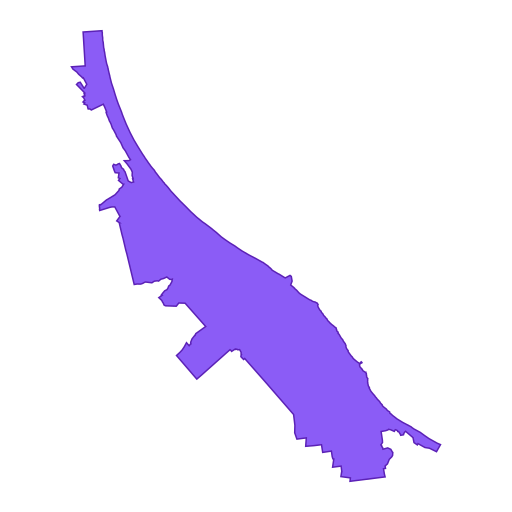 the district of Rojas pag., Rojas, Latvia
{"feature_id": "27541924B95337165312273", "entity_name": "Rojas pag.", "entity_type": "district", "adm_level": 2, "iso_a3": "LVA", "parent_name": "Latvia", "parent_adm1": "Rojas", "projection": "albers", "projection_center": [22.762, 57.524], "detail": "fine", "context": "isolated", "style": "filled", "palette": "violet", "viewbox_px": 512, "rotation_deg": 0, "n_neighbors": 0, "source": "geoboundaries", "source_scale": "gbopen_adm2", "svg_char_len": 5976}
<svg xmlns="http://www.w3.org/2000/svg" viewBox="0 0 512 512"><path d="M296.9,439.1L306.3,437.9L305.7,446.3L314.3,445.6L321.5,444.7L322.7,452.4L331.4,451.1L332.2,456.6L332.9,458.9L333.8,459.0L332.6,467.2L341.1,466.1L341.8,471.5L341.7,471.5L340.9,476.6L350.4,477.9L350.0,481.3L385.1,476.9L384.4,474.1L383.5,468.7L385.5,468.4L385.1,466.0L385.8,465.5L386.4,464.7L387.4,464.0L389.3,459.3L391.8,456.8L392.6,455.4L392.8,452.4L392.4,452.1L390.8,449.3L387.7,447.9L383.0,449.2L382.7,447.7L381.7,446.5L381.9,446.1L380.9,444.9L382.5,442.5L382.4,440.2L381.1,431.5L385.6,430.7L388.0,429.9L388.5,429.3L390.5,429.7L394.3,431.4L395.3,429.7L396.3,430.0L397.5,430.7L397.7,431.5L398.7,431.7L400.3,434.2L400.7,435.3L403.5,434.8L403.7,434.2L403.7,433.7L404.8,432.0L405.6,431.3L413.0,437.6L414.0,442.6L417.3,444.9L418.0,443.6L424.9,447.5L429.4,448.2L436.5,451.7L440.5,444.6L437.2,443.2L429.0,438.6L424.5,435.5L420.3,432.4L414.0,429.0L412.0,427.6L411.1,426.8L402.7,422.4L397.0,418.9L392.5,415.4L391.1,414.0L390.3,413.6L389.8,413.0L389.8,412.4L389.6,411.9L387.7,410.7L386.9,409.9L386.4,409.1L383.2,406.6L382.2,405.4L382.2,404.8L380.4,403.0L380.0,402.1L379.1,401.0L377.3,399.2L376.3,397.8L375.4,396.9L374.6,395.6L373.3,394.2L371.4,391.9L370.8,391.1L369.4,388.4L369.2,388.0L369.4,387.6L368.3,385.8L367.9,383.7L367.6,383.0L367.8,382.4L367.6,382.0L367.6,381.4L367.7,379.9L367.6,379.5L367.8,378.5L367.2,377.9L366.6,377.0L366.7,376.4L366.5,375.8L366.6,375.3L366.3,374.7L366.4,374.3L366.3,373.3L365.6,372.6L365.7,372.3L365.4,372.3L362.9,370.7L362.6,370.3L362.5,369.8L362.1,369.4L362.1,369.1L361.6,368.8L360.7,367.6L360.1,367.1L359.8,366.4L359.5,364.7L359.5,364.4L359.8,364.3L359.8,364.1L361.0,363.0L361.5,363.1L362.0,362.7L361.9,362.5L361.2,361.8L360.7,362.3L360.8,362.8L360.0,363.5L357.7,362.3L354.0,359.2L353.0,358.2L352.3,357.0L351.1,355.8L348.5,352.2L348.1,351.4L348.1,350.5L347.1,349.4L346.4,348.1L346.1,347.4L345.9,346.3L346.0,345.7L345.2,343.7L343.3,341.1L342.7,339.7L341.1,337.9L339.0,334.2L338.1,333.5L338.1,333.1L338.2,332.8L338.0,332.0L336.7,330.8L336.7,330.5L336.7,329.9L336.4,329.4L336.4,329.1L336.2,328.8L336.2,328.3L336.1,327.9L335.5,327.5L334.4,326.8L333.8,326.1L331.3,324.2L330.4,323.2L329.9,323.0L329.0,321.8L328.0,320.9L327.3,319.9L327.0,319.0L325.7,317.8L325.2,317.0L323.6,315.4L322.9,313.9L321.4,312.3L321.1,311.2L320.1,310.4L318.8,308.3L318.0,306.7L317.7,305.7L317.7,305.4L318.1,304.6L317.5,303.6L317.2,303.4L317.1,303.0L316.0,302.6L315.6,302.2L312.7,301.4L311.9,300.9L311.5,300.5L309.5,299.7L300.5,294.1L298.9,292.8L296.6,290.2L294.7,288.6L294.5,288.1L294.0,287.9L293.9,287.6L293.7,287.4L290.7,285.0L292.1,281.1L291.3,276.4L290.0,275.4L285.3,277.9L284.3,277.4L279.0,274.1L278.0,273.7L272.0,270.1L271.7,269.5L270.2,268.0L268.6,266.7L267.9,265.9L266.1,264.7L262.8,262.3L262.3,262.2L256.3,258.8L249.2,255.1L242.1,251.0L237.2,247.7L235.2,246.2L229.5,242.7L225.3,239.8L221.3,236.9L216.4,232.5L213.0,229.8L212.0,228.9L205.0,223.6L202.6,222.0L196.7,217.2L190.9,211.8L185.9,206.7L180.1,201.0L171.0,191.2L168.2,187.6L166.2,185.3L164.9,184.1L164.1,182.8L163.4,182.2L161.4,179.5L159.5,177.5L156.4,173.3L155.5,172.3L154.3,170.2L152.5,168.2L150.7,166.0L150.2,165.2L148.1,162.4L147.5,161.4L145.0,157.9L144.4,156.8L142.6,154.2L138.0,146.8L134.0,140.1L130.1,132.6L126.1,123.9L123.4,117.2L122.2,114.1L121.6,112.2L118.3,104.0L116.7,99.5L115.1,94.5L113.5,89.1L111.5,83.2L109.9,76.8L109.8,76.0L109.1,73.3L108.1,68.9L108.1,68.5L108.0,68.4L107.6,66.5L106.7,63.8L106.2,61.5L105.1,55.7L104.6,52.1L104.2,50.7L104.1,49.2L103.7,47.7L103.2,42.3L102.7,40.1L102.7,37.8L102.3,35.0L102.3,32.6L102.2,32.0L102.0,31.8L102.0,30.7L83.1,32.0L85.2,65.9L71.5,66.8L73.0,69.2L76.8,72.0L78.7,74.3L81.7,76.9L82.6,78.0L83.2,77.7L83.3,77.8L86.8,84.3L84.4,88.2L83.9,88.1L82.6,85.9L80.2,82.2L78.2,82.7L76.5,84.5L84.7,92.9L84.2,93.0L84.0,93.4L84.4,94.2L84.4,94.6L84.8,94.9L84.8,95.2L84.7,95.6L84.8,95.8L84.2,95.9L84.1,96.0L84.3,96.1L84.2,96.3L83.6,96.2L83.4,96.7L83.0,96.5L82.9,96.7L82.6,96.8L83.4,97.4L83.9,98.2L84.9,100.3L83.9,100.9L83.0,102.0L84.7,102.8L83.9,104.0L87.2,105.2L88.0,108.6L89.2,108.9L89.1,109.0L90.0,109.0L91.3,110.0L103.3,104.2L104.7,107.1L106.5,111.6L106.7,112.0L106.1,112.3L106.5,113.6L107.2,115.6L107.8,117.0L108.1,117.3L109.4,121.0L110.3,122.5L111.2,124.5L111.7,126.1L112.4,128.1L113.6,129.9L116.0,134.5L116.3,135.3L116.4,136.0L120.8,142.7L123.1,147.9L125.3,150.8L128.9,157.4L130.5,159.7L129.0,160.6L124.3,160.7L127.0,163.8L130.9,169.1L132.3,172.1L132.1,175.6L133.2,178.7L132.6,178.8L133.6,182.0L131.2,182.6L128.2,180.9L125.0,171.7L124.0,170.5L123.6,169.3L122.0,168.1L121.2,166.9L121.1,166.2L119.5,163.5L118.1,163.9L117.0,164.7L115.8,165.1L113.7,164.3L112.7,166.0L114.3,170.7L115.2,172.7L119.0,173.0L118.3,177.8L119.9,178.5L118.5,180.4L123.1,184.3L123.6,184.3L121.9,187.1L119.2,189.1L119.0,190.4L115.0,194.8L106.4,200.0L100.7,204.8L100.4,204.6L99.6,204.7L99.4,204.8L99.3,205.1L99.5,205.5L99.4,205.8L99.4,206.9L99.7,208.2L99.5,209.2L99.7,210.5L110.0,207.3L112.1,206.9L114.8,206.9L119.7,216.0L120.1,216.3L116.7,220.9L119.4,222.7L119.2,222.7L121.9,234.2L123.1,238.6L125.8,250.2L126.8,253.7L134.2,284.5L137.1,284.0L140.3,284.1L141.7,283.8L143.1,283.2L144.2,282.5L145.5,282.0L151.9,282.8L154.3,281.2L157.2,280.8L158.6,281.1L160.9,279.2L163.6,278.5L166.8,277.0L169.7,279.3L171.5,279.5L172.3,279.2L171.9,281.6L169.9,285.2L168.7,286.0L168.0,288.0L167.0,289.6L164.7,290.8L163.0,292.8L161.4,294.9L162.1,295.3L158.8,297.6L161.8,300.5L162.5,302.0L163.1,302.8L164.1,305.1L165.5,305.8L176.3,306.2L178.8,303.0L185.1,303.2L205.7,326.5L195.8,333.6L195.1,335.3L194.9,335.2L192.0,338.9L190.7,342.2L190.9,343.9L190.4,344.1L189.1,345.7L186.5,342.7L184.2,346.9L182.2,349.9L179.9,352.4L176.5,355.5L196.8,379.1L201.6,375.0L230.0,349.7L230.9,350.4L231.6,351.4L235.3,349.0L235.8,349.5L236.6,349.1L237.0,349.2L237.7,349.8L239.6,349.6L241.1,352.3L241.1,354.3L241.5,354.5L241.0,355.6L240.9,356.7L243.6,359.5L244.7,358.5L264.7,381.2L293.6,414.5L294.9,425.4L294.7,432.8L296.9,439.1Z" fill="#8b5cf6" stroke="#5b21b6" stroke-width="1.5"/></svg>